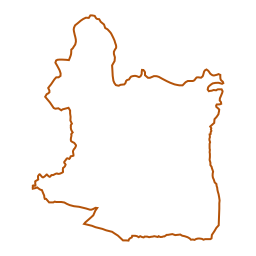 outline of Qiloane, Maseru, Lesotho
{"feature_id": "5366337B33510041242454", "entity_name": "Qiloane", "entity_type": "district", "adm_level": 2, "iso_a3": "LSO", "parent_name": "Lesotho", "parent_adm1": "Maseru", "projection": "albers", "projection_center": [27.645, -29.358], "detail": "fine", "context": "isolated", "style": "outline", "palette": "amber", "viewbox_px": 256, "rotation_deg": 0, "n_neighbors": 0, "source": "geoboundaries", "source_scale": "gbopen_adm2", "svg_char_len": 5359}
<svg xmlns="http://www.w3.org/2000/svg" viewBox="0 0 256 256"><path d="M211.5,238.4L211.9,234.9L214.4,231.2L215.4,229.5L216.4,227.8L218.7,225.3L219.3,208.8L219.3,205.7L219.3,203.2L219.6,200.5L219.1,197.0L218.6,194.3L217.8,191.5L217.4,189.7L217.2,187.7L216.6,185.9L216.4,184.0L214.7,182.4L213.8,179.6L212.9,177.6L212.6,175.7L212.7,173.4L213.1,171.7L212.6,170.1L211.9,168.2L211.6,166.8L210.4,165.1L210.4,162.6L209.6,159.9L209.9,157.0L209.9,155.3L209.9,153.8L209.6,152.2L209.9,149.9L209.6,148.4L209.6,145.8L209.6,143.8L210.1,142.2L209.4,140.0L209.4,138.8L209.9,137.2L209.8,135.7L209.6,134.4L210.6,134.0L210.7,132.1L211.4,130.9L210.9,129.4L211.3,128.2L210.2,126.5L214.2,122.9L214.3,121.5L214.5,119.2L216.6,116.9L218.4,114.3L218.7,112.7L219.0,111.5L219.2,109.5L217.8,108.1L216.4,107.0L216.1,105.8L216.7,104.5L218.0,104.4L219.2,104.4L220.2,104.2L221.2,103.8L221.0,102.2L219.7,100.4L219.9,98.3L221.0,95.8L221.5,94.5L222.2,92.9L222.6,91.2L221.6,89.3L220.1,89.3L219.1,89.3L217.6,89.4L216.1,90.3L213.6,90.0L211.7,90.7L210.0,90.9L208.9,91.2L207.7,89.6L208.1,87.4L209.2,86.0L211.2,84.4L212.7,83.4L215.4,82.9L217.5,82.8L218.6,82.8L220.4,83.3L222.1,83.8L223.3,83.1L222.8,81.7L221.5,80.6L220.8,79.8L220.4,78.5L220.3,76.8L220.3,74.9L218.5,74.1L217.1,74.7L216.0,75.0L213.9,75.5L212.4,75.2L211.2,74.4L210.2,73.6L209.5,72.5L208.7,71.3L207.9,70.5L206.5,69.5L205.0,70.3L204.1,71.6L203.2,74.9L202.6,76.4L201.0,77.7L198.0,77.3L196.6,77.5L195.6,78.6L194.8,79.8L193.7,80.7L192.7,81.0L190.5,81.0L189.2,81.0L187.8,81.0L185.6,82.2L182.6,85.3L181.1,85.3L179.1,85.3L176.5,84.8L174.6,84.4L170.1,82.7L166.7,81.1L162.3,78.8L158.9,76.9L156.7,76.2L154.0,76.1L152.1,76.9L149.9,77.8L148.0,77.8L146.8,76.8L145.0,75.2L145.0,72.3L144.4,71.2L143.4,70.0L142.0,69.9L141.7,72.1L141.7,73.9L141.0,75.5L140.4,76.4L139.0,77.1L136.8,76.2L135.5,75.9L134.3,75.9L132.4,76.2L131.0,76.7L130.0,77.9L129.1,79.4L127.0,80.1L126.0,81.1L125.6,82.8L124.3,84.4L121.5,84.7L120.5,84.8L118.8,85.7L117.5,85.5L115.9,85.1L114.4,83.1L113.4,80.7L112.7,75.9L112.4,70.3L112.1,65.4L114.6,61.0L114.9,57.3L113.9,54.0L113.9,51.7L115.0,49.5L116.1,47.9L116.2,46.7L116.0,45.2L115.1,42.6L114.5,40.5L113.2,37.6L111.4,34.0L110.6,32.7L109.1,31.0L107.5,29.3L105.2,28.0L104.0,24.5L102.4,23.2L100.7,21.8L99.2,19.2L97.3,19.0L96.5,18.6L95.8,17.8L94.7,15.9L92.1,15.4L90.4,15.4L88.8,17.9L85.9,17.7L83.2,19.0L80.7,20.7L78.6,22.5L77.0,23.8L75.1,25.3L74.0,27.7L73.7,29.4L73.9,31.1L74.7,34.8L75.2,36.6L75.8,39.4L75.9,41.7L75.2,44.6L74.0,46.3L72.7,48.4L71.3,49.6L71.2,52.5L71.1,53.8L70.7,55.5L69.9,57.6L68.9,60.1L66.0,59.8L62.0,59.6L59.4,59.6L57.4,59.8L56.1,60.5L55.4,62.7L56.9,65.2L57.6,66.5L59.6,70.3L60.6,73.4L60.5,75.9L58.6,77.3L56.3,77.3L54.8,78.9L54.1,79.8L51.7,83.4L50.7,84.8L49.6,86.1L48.2,88.0L49.4,90.5L49.4,92.3L48.2,93.4L46.7,94.2L45.2,96.8L49.9,102.4L53.7,108.0L55.3,108.7L58.4,108.3L61.3,110.3L62.5,109.4L68.5,107.8L70.1,110.5L70.1,113.5L70.6,116.8L70.4,120.5L71.9,123.7L71.8,123.8L71.6,123.8L71.4,124.1L71.1,124.7L70.8,125.3L70.9,126.3L70.8,127.1L70.8,127.5L71.0,129.1L71.5,130.5L72.7,132.4L72.2,132.9L71.8,133.5L71.2,134.2L71.5,135.0L71.4,135.7L71.3,136.5L71.0,137.7L70.8,139.4L70.9,140.5L71.2,141.2L72.4,142.0L73.9,142.7L74.5,143.2L75.7,144.8L76.0,145.3L75.9,146.0L75.6,146.8L74.7,148.4L73.9,149.2L73.3,150.4L73.1,150.9L73.0,151.1L73.0,151.9L73.2,153.1L73.4,154.2L73.5,155.2L73.4,155.7L72.4,156.0L70.7,156.3L70.0,158.0L69.3,158.9L68.6,158.7L67.8,158.4L67.2,158.3L66.6,158.7L65.8,159.9L64.3,161.8L64.2,162.3L64.3,162.8L65.0,163.6L65.6,164.6L65.3,165.4L65.0,166.1L64.3,167.0L63.7,167.5L63.1,167.9L62.8,169.8L63.0,171.0L63.0,172.0L62.6,172.4L60.8,173.3L60.1,173.6L59.7,173.7L58.8,173.9L58.0,173.9L57.2,173.5L56.5,173.5L55.4,173.9L53.5,174.9L52.9,175.1L51.8,175.0L51.2,175.3L50.5,176.3L50.0,176.7L49.5,176.8L48.9,176.4L48.4,176.0L47.5,175.2L47.2,174.9L46.8,174.5L46.5,174.6L46.3,174.9L44.6,176.5L43.3,177.3L42.7,177.3L42.0,176.9L40.1,174.6L39.7,174.3L39.2,174.5L38.7,175.2L38.1,176.0L38.0,176.6L38.0,177.2L38.1,178.9L38.2,179.5L37.8,179.8L36.9,180.3L35.9,180.9L35.6,181.0L35.2,181.4L35.2,181.9L35.3,182.9L35.2,183.6L35.3,184.2L35.5,184.9L35.4,185.5L35.2,185.7L34.7,185.8L33.9,185.7L33.6,185.5L33.3,185.4L33.0,185.5L32.8,185.7L32.9,186.1L32.7,187.5L32.8,188.7L35.8,188.0L37.2,187.4L38.7,188.6L40.4,189.7L41.9,190.1L42.9,192.6L43.4,193.8L44.2,195.6L44.3,197.2L44.8,198.9L46.1,198.9L49.1,202.4L51.6,202.4L53.3,202.4L54.8,201.6L56.0,202.0L58.2,202.0L59.5,202.0L61.3,202.0L64.4,202.5L66.7,203.8L69.7,205.1L73.9,206.2L79.1,206.8L86.1,208.5L90.0,209.7L91.3,209.7L93.0,209.1L95.5,207.8L97.2,208.0L95.3,210.7L93.3,215.3L90.0,218.3L85.3,222.4L84.1,223.9L92.0,225.8L95.5,227.2L102.4,228.9L106.1,230.3L112.1,231.8L114.3,233.3L117.9,235.6L123.0,240.4L126.1,240.4L128.5,240.6L129.0,239.3L130.0,238.3L130.4,238.1L131.8,237.4L132.2,235.8L135.2,235.8L137.0,236.2L138.7,237.2L140.2,236.2L142.2,237.1L143.7,237.4L144.6,236.6L147.2,236.6L149.1,237.2L151.0,236.8L152.8,236.6L154.2,236.2L155.7,236.5L157.8,237.0L158.6,236.2L160.3,237.0L162.1,236.9L163.5,236.4L164.5,236.4L165.6,235.6L166.7,234.9L167.8,234.9L169.4,234.6L170.5,234.4L172.4,234.1L175.2,235.1L177.0,234.9L178.9,234.7L180.2,234.5L182.2,235.7L184.6,236.2L185.2,236.4L187.6,237.2L189.8,238.5L190.9,239.7L192.9,239.5L194.5,239.9L196.3,238.9L197.0,238.8L198.1,238.5L199.5,238.5L202.0,238.9L203.5,239.7L205.2,239.1L207.3,239.1L210.4,239.1L211.5,238.4Z" fill="none" stroke="#b45309" stroke-width="2"/></svg>